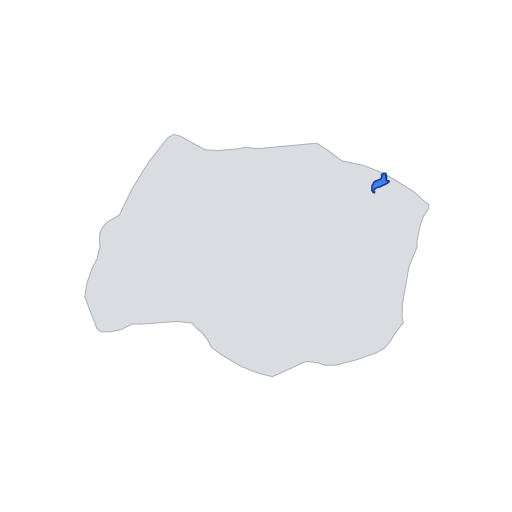 Butha-Buthe (Butha-Buthe District), Butha-Buthe, Lesotho shown in context, rotated 57°
{"feature_id": "5366337B51987065811788", "entity_name": "Butha-Buthe (Butha-Buthe District)", "entity_type": "district", "adm_level": 2, "iso_a3": "LSO", "parent_name": "Lesotho", "parent_adm1": "Butha-Buthe", "projection": "equal_earth", "projection_center": [28.266, -28.757], "detail": "fine", "context": "in_parent", "style": "filled", "palette": "blue", "viewbox_px": 512, "rotation_deg": 57, "n_neighbors": 0, "source": "geoboundaries", "source_scale": "gbopen_adm2", "svg_char_len": 4547}
<svg xmlns="http://www.w3.org/2000/svg" viewBox="0 0 512 512"><g transform="rotate(57 256 256)"><path d="M320.6,338.6L309.3,342.8L307.8,343.1L300.5,342.2L290.8,343.1L283.2,345.4L277.3,346.3L267.7,358.1L250.2,390.1L245.6,396.8L244.3,409.4L240.3,419.3L235.3,427.1L230.5,429.0L215.9,425.9L197.2,421.9L186.4,412.3L176.7,399.6L171.6,390.4L166.3,385.3L164.4,382.5L156.8,378.2L153.9,376.0L151.4,374.4L148.3,368.3L146.5,363.0L147.2,348.1L141.8,339.3L132.6,324.1L126.7,311.7L118.7,294.8L113.8,280.3L108.7,265.2L109.3,258.8L114.1,254.4L128.2,246.8L139.2,240.9L147.0,230.2L155.5,214.2L159.7,204.5L163.8,200.1L168.4,193.3L176.3,178.2L185.1,161.5L194.5,143.5L206.5,138.2L222.9,132.2L238.6,116.5L257.3,103.2L287.5,88.8L301.6,85.1L307.0,83.0L310.4,85.7L314.0,94.0L319.1,100.9L331.0,112.9L336.1,115.8L348.3,133.6L361.5,145.8L376.6,159.8L386.9,166.8L392.1,168.7L396.4,181.1L400.8,190.3L403.3,199.0L402.7,207.4L397.9,227.9L390.9,248.9L385.2,257.6L378.4,263.1L371.7,271.4L369.1,288.2L366.1,308.0L357.4,316.1L350.6,321.5L341.3,328.0L320.6,338.6Z" fill="#d9dde1" stroke="#a8b0b8" stroke-width="1"/><path d="M267.5,122.3L267.5,122.1L267.3,122.0L267.1,122.0L266.9,122.0L266.8,121.8L266.7,121.9L266.3,121.9L266.2,121.8L265.9,121.7L265.6,121.7L265.4,121.6L265.3,121.4L265.2,121.3L265.1,121.2L264.9,121.0L264.8,120.8L264.7,120.6L264.6,120.4L264.6,120.1L264.6,119.9L264.6,119.7L264.6,119.3L264.5,119.2L264.5,118.9L264.4,118.6L264.5,118.4L264.5,118.1L264.4,118.0L264.4,117.8L264.5,117.6L264.6,117.2L264.5,116.8L264.5,116.6L264.7,116.0L264.9,115.6L265.0,115.5L265.2,115.4L265.2,115.2L265.3,115.2L265.3,114.9L265.4,114.7L265.5,114.6L265.5,114.4L265.5,114.2L265.6,113.9L265.7,113.7L265.7,113.3L265.8,113.0L265.7,112.9L265.6,112.5L265.7,112.3L265.6,112.2L265.6,111.9L265.6,111.7L265.7,111.3L265.7,111.2L265.8,111.2L265.8,110.9L265.9,110.7L266.0,110.6L266.1,110.4L266.0,110.2L266.1,109.9L266.2,109.7L266.3,109.3L266.2,109.2L266.3,109.0L266.3,108.9L266.4,108.7L266.3,108.4L266.4,108.2L266.4,107.9L266.3,107.7L266.2,107.7L266.3,107.5L266.3,107.4L266.3,107.1L266.4,106.9L266.4,106.7L266.5,106.5L266.6,106.4L266.6,106.0L266.6,105.9L266.5,105.5L266.4,105.4L266.4,105.2L266.4,104.8L266.4,104.7L266.3,104.4L266.3,104.2L266.2,104.0L265.9,104.1L265.8,103.8L265.7,103.8L265.7,104.0L265.6,104.3L265.4,104.3L265.4,104.1L265.5,103.8L265.5,103.7L265.4,103.6L265.2,103.7L265.1,103.8L265.2,104.0L265.2,104.3L264.9,104.3L264.6,104.5L264.6,104.8L264.4,104.7L264.2,104.7L264.1,104.8L264.0,105.2L263.8,105.2L263.7,105.3L263.5,105.5L263.4,105.5L263.2,105.3L263.0,105.2L262.9,105.1L262.7,105.1L262.4,104.9L262.3,104.7L262.1,104.4L262.0,104.2L261.9,104.1L261.7,104.0L261.6,104.3L261.3,104.3L261.1,104.4L261.1,104.5L260.9,104.6L260.7,104.5L260.6,104.2L260.5,103.9L260.6,103.6L260.6,103.4L260.5,103.1L260.4,103.0L260.0,103.2L259.9,103.3L259.6,103.2L259.4,103.1L259.3,103.3L259.2,103.5L258.8,103.4L258.7,103.4L258.5,102.7L258.4,102.5L258.4,102.4L258.2,102.4L257.9,102.3L257.6,102.2L257.4,102.1L257.1,102.4L256.9,102.7L256.9,102.8L256.9,103.0L256.9,103.3L256.6,103.4L256.5,103.5L256.4,103.6L256.2,103.7L256.1,103.9L256.2,104.0L256.2,104.3L256.3,104.5L256.4,104.9L256.4,105.1L256.5,105.2L256.4,105.3L256.4,105.6L256.3,105.8L256.5,105.9L256.5,106.0L256.4,106.1L256.5,106.1L256.8,106.2L256.8,106.3L256.8,106.5L257.0,106.7L257.2,106.9L257.2,107.0L257.3,107.0L257.3,106.9L257.5,106.8L257.8,106.8L258.0,106.9L258.1,107.1L258.2,107.3L258.2,107.5L258.3,107.7L258.5,107.8L258.6,108.1L258.8,108.2L258.9,108.4L259.0,108.5L259.1,108.8L259.2,109.0L259.1,109.3L259.1,109.5L259.1,109.8L259.2,110.0L259.2,110.4L259.2,110.6L259.2,110.8L259.2,111.0L259.1,111.3L259.1,111.6L259.0,111.9L259.0,112.0L258.9,112.1L258.9,112.3L258.9,112.5L258.8,112.8L258.8,113.2L258.7,113.3L258.7,113.5L258.6,113.8L258.4,114.0L258.3,114.4L258.3,114.5L258.2,114.7L258.3,114.7L258.3,114.8L258.4,115.0L258.4,115.3L258.5,115.5L258.4,115.6L258.4,115.8L258.5,115.9L258.5,116.1L258.5,116.3L258.5,116.5L258.3,117.0L258.4,117.3L258.4,117.5L258.5,117.6L258.8,117.9L258.9,118.0L259.2,118.2L259.3,118.4L259.4,118.5L259.5,118.7L259.6,119.0L259.8,119.2L259.8,119.3L259.8,119.5L259.8,119.8L259.9,120.0L260.1,120.1L260.3,120.4L260.5,120.5L260.7,120.8L260.9,120.9L261.0,120.9L261.2,121.1L261.3,121.2L261.5,121.2L261.6,121.5L261.9,121.8L262.1,121.9L262.5,122.0L262.8,122.1L263.0,122.2L263.3,122.2L263.4,122.4L263.7,123.0L263.8,123.1L264.1,123.1L264.6,123.2L264.8,123.2L265.1,123.2L265.4,123.2L265.6,123.2L265.8,123.0L266.0,123.0L266.3,123.1L266.3,122.9L266.5,122.8L267.1,122.7L267.4,122.4L267.5,122.3Z" fill="#3b82f6" stroke="#1e3a8a" stroke-width="1.5"/></g></svg>